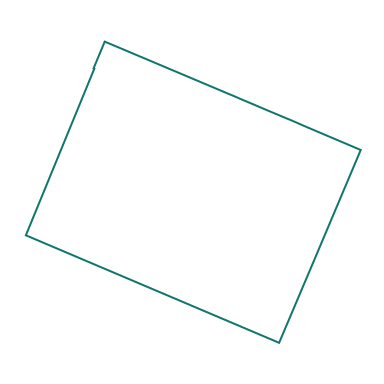 Grant, Oklahoma, United States of America, rotated 23°
{"feature_id": "52423323B2994671035197", "entity_name": "Grant", "entity_type": "district", "adm_level": 2, "iso_a3": "USA", "parent_name": "United States of America", "parent_adm1": "Oklahoma", "projection": "robinson", "projection_center": [-97.776, 36.796], "detail": "fine", "context": "isolated", "style": "outline", "palette": "teal", "viewbox_px": 384, "rotation_deg": 23, "n_neighbors": 0, "source": "geoboundaries", "source_scale": "gbopen_adm2", "svg_char_len": 427}
<svg xmlns="http://www.w3.org/2000/svg" viewBox="0 0 384 384"><g transform="rotate(23 192 192)"><path d="M52.9,87.7L53.1,116.7L53.9,116.7L56.0,296.8L132.3,296.8L331.1,296.8L331.1,207.0L330.9,87.4L326.4,87.4L303.1,87.4L295.1,87.4L294.9,87.4L287.2,87.4L269.2,87.4L256.1,87.2L250.4,87.3L230.4,87.4L199.8,87.4L193.5,87.3L185.4,87.4L86.3,87.6L83.8,87.6L81.4,87.6L52.9,87.7Z" fill="none" stroke="#0f766e" stroke-width="2"/></g></svg>